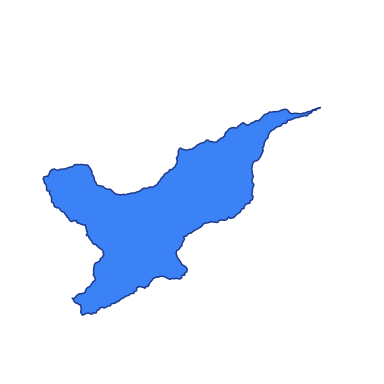 outline of Campamento, Antioquia, Colombia, rotated 67°
{"feature_id": "7082276B86795157011208", "entity_name": "Campamento", "entity_type": "district", "adm_level": 2, "iso_a3": "COL", "parent_name": "Colombia", "parent_adm1": "Antioquia", "projection": "orthographic", "projection_center": [-75.286, 7.07], "detail": "fine", "context": "isolated", "style": "filled", "palette": "blue", "viewbox_px": 384, "rotation_deg": 67, "n_neighbors": 0, "source": "geoboundaries", "source_scale": "gbopen_adm2", "svg_char_len": 6109}
<svg xmlns="http://www.w3.org/2000/svg" viewBox="0 0 384 384"><g transform="rotate(67 192 192)"><path d="M142.3,323.6L145.9,325.0L146.7,325.0L148.0,323.9L148.5,323.8L150.2,324.3L151.8,324.3L153.8,322.6L154.0,321.3L154.3,320.9L158.5,319.8L159.6,319.0L160.7,317.6L162.4,317.5L163.5,317.0L164.5,317.1L165.3,316.5L166.5,316.8L167.4,315.8L169.8,315.8L171.7,315.0L172.0,314.7L172.2,314.1L172.0,311.8L173.1,311.0L173.2,309.5L173.7,309.4L175.0,309.8L175.7,309.7L176.2,308.4L177.4,307.5L179.7,305.2L180.6,303.1L181.2,303.1L182.1,303.5L185.7,303.8L186.9,304.3L187.8,303.6L189.1,304.7L190.0,305.9L190.9,306.0L191.2,305.8L191.4,304.8L192.0,304.5L193.7,304.8L194.9,304.3L196.2,304.3L197.3,303.7L200.0,303.5L201.5,302.9L202.2,302.2L202.4,301.0L203.6,300.8L206.8,299.5L210.1,297.3L212.4,297.2L213.7,297.7L214.3,297.3L215.2,297.5L216.1,299.2L216.9,299.6L217.7,302.5L218.8,303.2L219.6,304.6L219.8,309.1L221.4,310.7L225.5,313.2L228.2,314.1L229.4,315.1L234.4,314.9L235.4,315.9L236.3,318.9L238.8,322.3L239.1,323.6L239.0,324.9L239.8,327.1L241.4,328.8L242.3,329.1L242.5,329.4L242.7,331.5L242.4,333.5L241.7,335.2L241.7,336.1L242.1,338.0L242.8,339.6L243.7,341.0L243.8,341.7L243.2,343.6L245.4,343.2L247.0,343.2L247.7,342.9L248.9,342.2L250.1,340.6L251.5,340.1L252.2,338.8L253.4,338.9L256.7,339.8L258.0,340.8L259.2,341.4L260.9,341.3L262.5,340.9L262.7,340.3L262.4,336.3L263.2,334.3L264.5,333.1L265.2,331.9L265.3,331.0L264.6,329.9L264.6,329.4L265.5,328.6L265.8,327.7L265.7,327.3L264.1,326.0L263.9,325.3L263.9,323.4L262.9,322.2L262.7,321.7L262.8,320.3L264.6,317.7L264.2,313.5L264.9,311.7L263.5,310.0L263.4,309.6L264.3,306.0L264.2,305.3L263.5,304.3L264.1,302.3L263.3,301.2L263.1,299.9L262.7,299.3L262.7,296.9L262.1,293.5L262.4,290.6L261.6,287.9L262.6,285.3L261.7,284.5L261.1,283.4L261.2,281.6L258.6,280.4L258.7,278.8L258.0,277.9L259.9,275.4L260.5,274.1L261.9,273.3L262.1,272.9L262.0,272.4L261.1,272.0L261.7,269.5L261.5,269.1L260.8,268.9L260.8,267.8L260.0,267.4L258.7,265.9L258.2,264.4L257.6,263.6L257.4,262.6L256.6,261.8L256.3,259.4L256.8,257.6L256.6,257.1L257.4,256.2L257.1,254.6L257.7,252.9L259.2,250.3L261.3,248.8L263.4,246.9L263.8,246.0L263.9,244.0L265.0,242.2L265.2,240.4L266.9,238.0L267.3,237.1L267.3,236.2L266.9,235.1L265.1,233.9L264.9,233.5L264.9,233.0L265.6,231.7L265.5,231.0L264.9,231.1L263.9,230.5L263.6,228.4L263.2,227.8L261.9,226.8L260.7,226.6L259.4,226.8L258.0,227.3L255.1,229.4L254.0,229.8L252.3,229.8L246.6,231.0L243.5,230.8L242.2,230.5L241.0,229.9L240.0,228.7L239.5,226.0L238.3,224.5L237.5,222.4L235.2,220.9L232.5,217.4L231.9,217.3L230.6,217.5L229.9,217.2L230.0,216.4L230.4,215.3L229.7,212.9L228.9,211.2L228.9,210.6L229.5,209.2L229.4,208.6L228.9,207.2L228.3,204.3L228.0,200.2L227.4,196.4L225.9,194.2L225.8,192.1L225.9,191.3L226.4,190.4L226.9,186.1L228.3,183.4L230.0,180.6L229.9,179.9L229.0,178.3L228.8,176.9L230.9,172.9L230.9,170.4L230.8,170.0L229.7,169.1L229.3,168.5L229.7,167.9L230.8,167.5L231.1,167.2L231.9,163.2L231.1,162.0L230.0,159.5L229.4,155.6L227.1,152.8L227.0,152.1L227.5,151.2L227.5,150.6L226.0,149.9L224.4,147.5L224.5,144.9L224.9,143.2L224.5,142.7L223.3,142.2L222.9,141.8L222.7,139.9L222.4,139.1L221.1,138.5L220.3,137.7L219.3,137.5L218.4,137.9L217.5,137.9L215.5,136.4L212.8,135.2L209.8,132.4L208.4,132.2L206.6,132.8L205.6,132.6L204.8,132.2L201.4,129.4L199.7,129.5L196.3,128.5L194.2,128.1L190.3,125.5L189.1,124.4L188.2,122.9L188.1,122.0L188.5,120.4L188.5,119.6L188.0,118.1L186.0,114.8L181.8,110.4L179.1,109.8L177.7,107.9L174.8,106.1L173.0,104.0L172.3,102.6L172.1,101.6L171.6,100.8L169.1,99.2L167.2,96.6L166.4,94.1L166.2,91.5L165.3,89.3L165.3,87.5L165.8,85.8L165.8,84.2L164.4,81.8L164.5,81.1L165.3,79.3L165.3,78.3L164.8,77.1L163.5,76.6L163.3,76.1L164.2,73.2L164.1,67.2L165.0,65.0L165.0,63.0L165.5,60.4L165.5,58.6L166.6,57.2L166.8,56.3L166.7,55.9L165.6,54.6L165.7,51.3L164.5,49.6L164.3,48.6L164.2,47.9L165.2,46.2L164.3,44.4L164.8,41.7L164.4,40.4L163.8,44.7L163.9,46.7L163.5,48.7L164.1,51.7L163.3,53.9L163.6,56.7L162.9,58.4L162.6,61.1L161.4,63.5L159.8,66.2L159.3,68.6L158.6,70.0L157.2,71.1L154.1,71.9L152.9,72.8L151.9,74.9L151.8,76.3L151.5,76.9L151.8,79.9L151.4,81.0L151.4,82.3L150.0,85.2L149.6,87.8L148.7,89.1L148.8,90.2L149.5,91.9L149.1,93.9L149.2,95.4L152.1,101.5L152.1,103.5L151.3,106.0L151.8,107.1L151.6,110.5L152.2,112.0L152.3,113.8L151.6,115.8L149.8,116.6L148.1,117.9L148.7,121.1L149.4,122.3L149.4,123.8L150.5,125.6L150.4,126.5L149.1,128.2L148.5,129.8L148.3,132.7L148.6,133.6L150.2,136.5L150.3,138.0L151.1,138.4L152.2,139.6L153.3,140.1L153.4,141.0L154.0,142.7L153.9,145.1L154.7,146.7L154.5,147.7L155.5,149.1L155.6,149.8L155.1,151.2L155.0,152.6L153.8,153.3L153.1,154.2L152.7,155.9L152.2,156.3L150.9,156.6L150.0,158.0L150.0,158.7L150.7,160.1L151.2,162.3L150.5,164.1L150.9,169.4L152.0,171.8L152.1,173.9L152.5,174.9L152.5,175.5L151.7,177.6L151.6,180.3L149.2,183.7L147.3,185.2L147.0,186.1L148.0,187.7L148.8,188.5L149.7,189.0L152.1,189.9L152.8,190.4L154.7,193.1L157.2,193.4L159.7,194.5L160.3,195.8L162.3,197.9L162.6,199.8L163.4,201.0L163.4,202.2L162.9,203.1L162.8,203.9L164.1,205.4L164.4,206.7L164.7,209.9L165.2,210.8L166.1,211.7L167.5,215.1L169.0,217.0L170.1,219.4L171.1,220.6L171.7,221.7L171.8,224.2L172.3,225.2L172.4,226.4L171.6,227.1L171.3,227.8L170.8,230.6L171.2,232.2L169.9,234.0L169.6,235.9L170.8,239.9L170.4,242.9L170.5,245.0L169.3,248.2L169.2,250.0L168.7,252.1L168.5,254.7L167.4,255.7L167.1,258.2L164.8,262.0L163.2,263.6L157.7,266.0L155.6,269.8L154.8,270.5L151.8,271.9L150.6,274.1L148.6,276.6L147.7,277.0L145.9,276.7L144.1,277.3L143.3,277.2L141.2,276.6L138.6,276.5L137.1,277.1L136.5,277.1L134.7,276.2L133.2,276.2L130.8,276.4L126.4,277.5L125.0,280.5L123.4,283.1L122.9,284.4L122.5,286.0L121.8,287.0L121.4,288.4L120.9,289.0L122.1,292.3L121.4,294.4L121.1,299.9L119.6,304.5L119.5,307.7L117.0,309.7L116.7,311.2L116.7,312.5L117.2,313.2L117.3,314.4L118.3,315.0L118.7,315.8L119.6,316.3L120.4,317.9L121.4,318.6L120.6,319.8L120.4,321.8L120.2,322.3L120.8,322.8L121.6,323.8L122.4,324.0L123.6,323.6L125.0,324.2L126.4,324.3L127.7,323.6L129.3,323.5L132.7,324.8L133.8,325.0L134.6,324.6L135.1,323.2L135.9,322.8L137.5,323.8L138.7,323.8L140.4,323.4L142.3,323.6Z" fill="#3b82f6" stroke="#1e3a8a" stroke-width="1.5"/></g></svg>